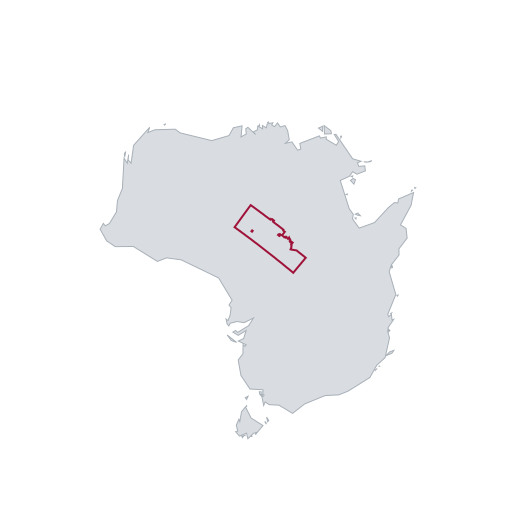 location of MacDonnell, Northern Territory, Australia, rotated 38°
{"feature_id": "25037944B32264354424251", "entity_name": "MacDonnell", "entity_type": "district", "adm_level": 2, "iso_a3": "AUS", "parent_name": "Australia", "parent_adm1": "Northern Territory", "projection": "albers", "projection_center": [133.822, -24.426], "detail": "fine", "context": "in_parent", "style": "outline", "palette": "rose", "viewbox_px": 512, "rotation_deg": 38, "n_neighbors": 0, "source": "geoboundaries", "source_scale": "gbopen_adm2", "svg_char_len": 7102}
<svg xmlns="http://www.w3.org/2000/svg" viewBox="0 0 512 512"><g transform="rotate(38 256 256)"><path d="M347.0,120.6L350.7,142.5L357.3,141.9L364.1,148.9L364.2,162.3L368.1,167.2L368.1,179.7L370.6,186.4L389.9,200.3L395.7,220.8L397.9,222.1L398.7,218.7L402.6,222.7L403.5,221.1L404.2,231.2L406.4,234.5L411.6,238.3L420.3,256.6L418.4,267.7L420.5,281.7L411.7,305.9L406.7,314.5L396.3,323.5L385.4,342.7L381.7,357.5L366.0,359.4L357.8,365.1L353.1,365.3L354.1,369.1L347.1,363.0L348.3,361.9L347.9,360.5L346.6,360.3L343.9,362.5L342.2,360.9L345.4,358.9L343.8,357.1L333.2,364.5L317.8,359.5L306.0,348.9L305.9,341.1L300.4,333.8L302.9,334.1L302.9,332.0L294.4,333.9L297.1,328.7L294.1,320.8L290.8,329.5L284.6,330.2L285.7,327.3L288.6,327.4L293.1,315.5L292.2,306.4L287.7,315.8L281.4,319.3L277.1,324.9L277.7,327.8L275.2,327.4L271.2,324.1L273.7,324.1L272.0,318.5L268.2,312.1L264.9,311.2L264.4,305.6L240.1,296.3L199.3,305.1L186.7,312.5L181.6,321.0L153.5,324.0L139.3,335.3L129.0,336.0L116.7,330.9L115.6,324.3L118.6,325.1L120.5,320.7L118.9,307.2L112.7,297.6L109.1,285.0L91.8,260.1L97.5,262.2L93.2,254.5L96.1,259.0L100.4,259.8L91.4,244.0L93.0,220.0L94.8,225.3L98.7,218.7L114.3,205.8L120.4,205.7L150.1,192.3L160.6,177.7L159.2,168.9L164.9,162.0L170.9,171.4L173.2,165.8L169.6,162.1L170.4,159.6L180.9,160.5L177.5,159.8L179.4,155.8L177.4,152.5L182.9,151.7L180.7,149.2L185.3,148.6L183.5,145.0L187.3,140.6L187.8,143.1L191.0,142.6L191.0,137.9L195.7,139.3L198.6,135.4L203.7,137.7L210.7,144.0L209.7,149.2L214.1,144.0L223.7,147.0L225.5,144.1L221.2,140.3L232.0,122.3L234.2,123.4L238.0,118.9L239.4,120.8L251.1,119.3L250.7,115.0L242.8,112.0L244.1,110.9L272.3,119.9L280.5,116.7L278.5,120.1L281.9,122.1L286.2,118.0L289.8,121.6L285.2,129.4L280.3,130.0L280.5,135.7L275.9,144.6L300.4,161.4L307.1,163.3L309.1,167.3L320.1,170.5L328.8,156.7L330.5,136.2L332.2,128.6L335.2,126.9L333.2,123.3L341.1,109.0L347.0,120.6ZM340.6,381.4L351.9,386.7L365.9,385.3L365.5,397.2L364.8,395.0L363.2,397.3L362.1,405.0L357.6,401.4L353.9,408.1L348.1,407.0L349.4,405.2L344.6,401.4L343.0,395.2L345.2,396.5L340.5,387.7L340.6,381.4ZM229.5,111.3L237.7,111.1L240.2,113.2L234.9,117.7L229.5,111.3ZM281.9,336.0L293.9,336.0L288.7,337.8L281.9,336.0ZM287.4,134.6L288.9,139.1L283.9,138.3L284.8,135.1L287.4,134.6ZM419.9,254.5L420.3,249.4L422.7,245.5L423.0,248.6L419.9,254.5ZM363.5,376.4L367.3,377.8L367.2,379.4L363.5,376.4ZM228.7,112.6L231.7,116.8L226.5,116.7L228.7,112.6ZM336.9,374.8L334.7,374.2L336.1,371.4L336.9,374.8ZM313.4,160.0L310.9,161.3L308.5,161.9L309.8,159.5L313.4,160.0ZM91.6,258.9L89.5,256.7L89.0,254.5L89.3,254.3L91.6,258.9ZM366.2,381.0L367.6,382.2L364.8,381.0L366.2,381.0ZM405.7,232.1L407.4,232.3L407.1,234.6L405.7,232.1ZM368.7,179.5L370.7,181.1L370.2,181.8L368.7,179.5ZM357.1,405.6L357.1,407.5L355.7,406.7L357.1,405.6ZM420.7,270.0L420.4,272.8L420.2,272.7L420.7,270.0ZM250.2,110.7L248.9,109.5L249.7,108.9L250.2,110.7ZM288.1,111.2L286.1,113.3L288.5,109.5L288.1,111.2ZM421.4,266.7L420.5,267.5L421.2,266.6L421.4,266.7ZM290.2,151.5L289.1,152.0L289.7,150.9L290.2,151.5ZM283.4,134.4L282.0,134.6L282.9,133.3L283.4,134.4ZM103.5,207.3L103.3,209.2L102.7,209.1L103.5,207.3ZM338.8,107.8L338.6,109.3L338.1,108.2L338.8,107.8ZM346.5,361.1L346.8,362.0L346.4,361.7L346.5,361.1ZM285.6,113.9L282.9,115.4L285.7,113.5L285.6,113.9ZM183.6,142.8L182.7,144.0L183.2,142.7L183.6,142.8ZM358.0,404.3L357.3,404.6L357.7,403.9L358.0,404.3ZM312.0,165.3L310.6,165.2L311.4,164.3L312.0,165.3ZM178.7,151.2L178.1,151.8L177.9,150.4L178.7,151.2ZM363.9,400.8L362.9,401.3L363.3,400.2L363.9,400.8ZM339.9,103.9L339.7,104.9L338.9,104.3L339.9,103.9ZM345.9,362.2L346.8,363.2L345.1,362.8L345.9,362.2ZM392.3,200.5L391.4,200.5L391.9,199.3L392.3,200.5ZM397.9,218.4L397.4,218.4L397.9,217.5L397.9,218.4ZM341.2,380.0L340.9,380.7L340.7,379.8L341.2,380.0Z" fill="#d9dde1" stroke="#a8b0b8" stroke-width="1"/><path d="M296.3,226.8L293.6,226.7L290.9,226.7L288.2,226.7L286.6,226.7L284.6,226.6L282.2,227.9L279.9,229.2L279.4,229.4L279.4,229.2L279.3,228.9L279.2,228.9L279.2,228.7L279.0,228.4L278.9,228.4L278.9,228.2L278.7,228.0L278.7,227.9L278.7,227.7L278.5,227.4L278.4,227.4L278.3,227.2L278.2,226.9L278.1,226.7L277.9,226.6L277.8,226.4L277.7,226.3L277.7,226.2L277.6,225.9L277.4,225.8L277.4,225.7L277.2,225.6L277.0,225.4L276.9,225.4L276.7,225.4L276.7,222.9L275.8,222.9L275.6,222.9L274.7,222.9L274.7,224.0L274.4,224.0L274.2,223.9L274.0,223.7L273.9,223.6L273.7,223.5L273.6,223.4L273.4,223.4L273.4,223.0L273.3,222.9L273.2,222.7L273.1,222.4L272.9,222.1L272.8,221.9L272.2,221.7L271.6,221.7L270.7,221.1L270.7,222.7L270.7,222.8L270.1,222.7L269.2,222.7L268.8,222.7L268.7,222.7L268.3,222.5L268.3,222.3L267.8,222.3L267.8,223.1L267.8,223.4L266.6,223.4L266.4,223.5L266.4,223.8L265.7,223.7L265.4,223.7L263.8,223.7L263.8,221.2L263.8,220.7L263.8,219.2L261.7,219.2L261.3,218.7L261.3,218.4L260.8,218.4L260.5,218.4L259.4,218.4L258.6,218.4L257.1,218.4L254.6,218.4L254.1,218.4L252.8,218.5L251.8,218.5L251.7,218.5L251.1,218.5L248.4,218.5L248.4,217.0L246.4,217.0L246.4,217.5L245.0,217.6L244.9,217.6L244.9,218.5L242.2,218.6L241.4,218.6L238.7,218.7L237.4,218.7L234.7,218.7L234.0,218.8L231.6,218.8L229.1,218.9L224.2,219.0L220.5,219.2L220.6,223.0L220.7,226.5L220.8,229.4L221.4,246.5L221.5,246.5L222.5,246.4L223.2,246.4L224.0,246.4L224.6,246.4L224.9,246.4L225.8,246.3L226.3,246.3L226.5,246.3L226.8,246.3L227.4,246.3L227.5,246.3L228.2,246.3L228.3,246.3L228.3,246.2L228.8,246.2L231.0,246.2L231.3,246.2L231.5,246.2L232.2,246.1L232.3,246.1L232.6,246.1L233.0,246.1L233.8,246.1L235.7,246.1L235.8,246.1L238.1,246.0L238.3,246.0L243.1,245.9L243.4,245.9L243.5,245.9L245.6,245.9L245.8,245.9L246.4,245.9L246.6,245.9L248.9,245.8L249.2,245.8L249.3,245.8L249.5,245.8L250.3,245.8L254.4,245.8L254.5,245.8L255.0,245.8L256.9,245.8L257.0,245.8L258.6,245.8L259.0,245.8L259.5,245.8L259.8,245.8L260.0,245.8L260.4,245.8L260.5,245.8L261.0,245.8L261.5,245.8L261.8,245.8L263.5,245.8L263.9,245.8L264.0,245.8L264.3,245.8L264.5,245.8L265.8,245.8L266.0,245.8L266.4,245.8L266.5,245.8L266.8,245.8L267.0,245.8L267.3,245.8L267.7,245.8L268.0,245.8L268.3,245.8L268.5,245.8L268.8,245.8L269.0,245.8L269.5,245.8L270.3,245.8L270.6,245.8L270.8,245.8L271.0,245.8L272.3,245.8L274.8,245.9L275.1,245.9L275.3,245.9L275.7,245.9L275.8,245.9L276.1,245.9L277.2,245.9L277.5,245.9L279.2,245.9L279.9,245.9L280.5,245.9L281.2,245.9L283.3,246.0L284.0,246.0L284.7,246.0L286.7,246.1L287.4,246.1L288.1,246.1L288.8,246.1L289.5,246.1L290.9,246.1L291.6,246.2L292.2,246.2L292.9,246.2L293.6,246.2L295.0,246.3L295.7,246.3L295.7,245.5L295.7,245.2L295.8,242.1L295.8,240.9L295.9,238.4L296.0,235.6L296.1,231.5L296.2,230.3L296.2,229.6L296.2,227.7L296.3,226.8ZM261.1,224.6L261.1,224.4L261.1,224.2L261.4,224.0L261.6,224.0L261.9,224.0L262.0,224.0L262.0,224.4L262.2,224.5L262.2,224.9L262.2,225.0L262.0,225.3L262.2,225.5L262.2,225.8L261.9,225.9L261.7,225.9L261.7,225.7L261.4,225.7L261.2,225.7L260.9,225.7L260.7,225.7L260.7,225.4L260.5,225.5L260.5,225.4L260.4,225.4L260.4,225.1L260.6,225.0L260.9,224.9L261.1,224.9L261.1,224.6L261.1,224.6ZM237.2,239.3L237.2,239.0L237.2,238.8L237.2,238.5L237.2,238.2L237.5,238.2L237.9,238.2L237.9,238.9L237.9,239.0L237.9,239.3L237.6,239.3L237.2,239.3Z" fill="none" stroke="#9f1239" stroke-width="2"/></g></svg>